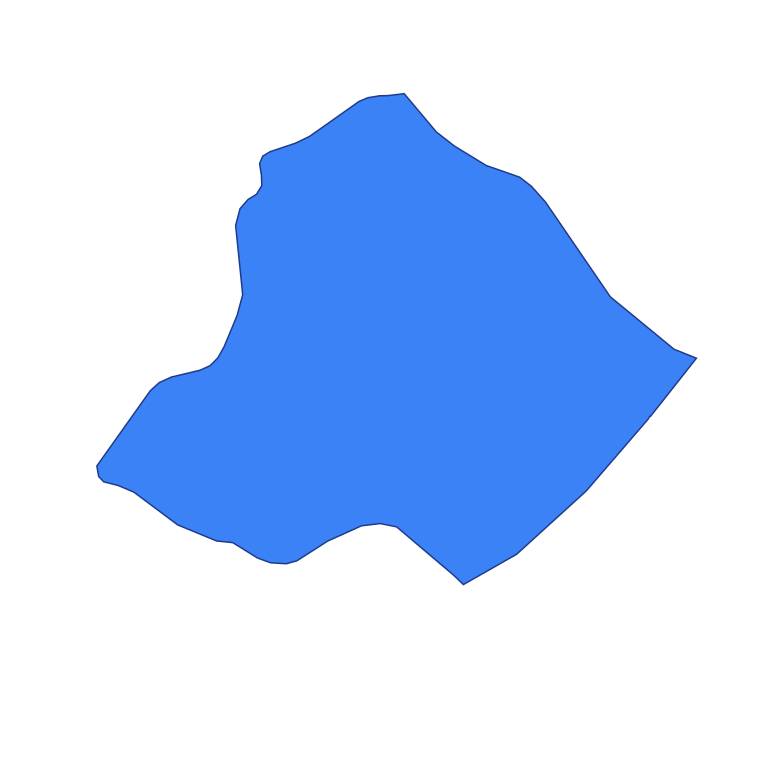 map outline of Madaba (orthographic projection), rotated 217°
{"feature_id": "JOR-858", "entity_name": "Madaba", "entity_type": "Province", "adm_level": 1, "iso_a3": "JOR", "parent_name": "Jordan", "parent_adm1": "", "projection": "orthographic", "projection_center": [35.711, 31.597], "detail": "fine", "context": "isolated", "style": "filled", "palette": "blue", "viewbox_px": 768, "rotation_deg": 217, "n_neighbors": 0, "source": "natural_earth", "source_scale": "10m", "svg_char_len": 903}
<svg xmlns="http://www.w3.org/2000/svg" viewBox="0 0 768 768"><g transform="rotate(217 384 384)"><path d="M150.0,592.6L151.7,518.5L151.2,518.1L151.9,518.6L152.3,518.2L152.2,517.0L151.9,514.9L158.1,420.4L175.6,327.9L199.9,271.6L213.2,273.2L287.9,277.5L303.0,270.3L316.7,257.1L334.5,224.6L347.2,190.3L353.8,181.7L366.9,173.0L380.3,168.9L409.3,166.3L423.2,157.9L464.0,147.3L518.7,147.1L535.4,142.9L549.0,137.2L556.2,138.4L564.0,145.7L566.6,238.0L564.3,250.0L557.9,261.7L539.3,284.2L533.9,294.0L532.4,305.0L534.1,317.4L542.5,350.2L550.6,370.3L597.9,421.3L604.5,437.4L603.6,449.6L600.0,458.8L601.0,468.9L607.4,476.8L616.0,485.2L618.0,493.0L614.7,501.1L599.7,523.0L592.5,536.9L574.0,594.6L569.2,602.9L561.0,611.5L554.4,616.7L542.6,628.0L494.0,616.8L471.0,616.4L433.8,620.0L400.2,630.8L385.2,630.6L364.6,626.5L255.6,589.8L173.2,586.3L150.0,592.6Z" fill="#3b82f6" stroke="#1e3a8a" stroke-width="1.5"/></g></svg>